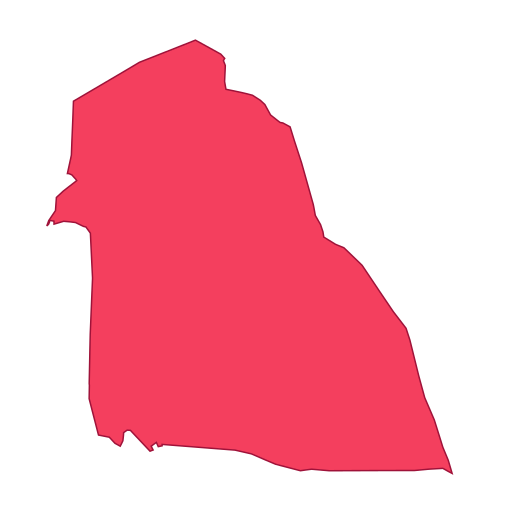 Putu, Grand Gedeh, Liberia (orthographic projection), rotated 94°
{"feature_id": "62588387B18265546179194", "entity_name": "Putu", "entity_type": "district", "adm_level": 2, "iso_a3": "LBR", "parent_name": "Liberia", "parent_adm1": "Grand Gedeh", "projection": "orthographic", "projection_center": [-8.216, 5.686], "detail": "fine", "context": "isolated", "style": "filled", "palette": "rose", "viewbox_px": 512, "rotation_deg": 94, "n_neighbors": 0, "source": "geoboundaries", "source_scale": "gbopen_adm2", "svg_char_len": 1733}
<svg xmlns="http://www.w3.org/2000/svg" viewBox="0 0 512 512"><g transform="rotate(94 256 256)"><path d="M121.4,238.5L121.1,241.3L118.9,244.6L114.3,251.3L107.0,256.0L104.3,257.7L100.4,262.5L95.9,270.7L94.9,275.9L94.5,278.3L94.1,280.8L94.0,281.3L92.8,289.9L91.8,297.6L84.1,299.5L71.1,299.8L68.2,299.9L66.8,300.5L63.5,302.1L62.4,301.7L61.9,301.5L61.1,301.0L57.1,305.2L44.9,331.5L58.9,360.7L70.9,385.8L79.1,397.6L109.1,441.3L114.3,448.9L132.0,448.3L145.9,447.9L153.2,447.7L168.2,447.2L171.9,447.7L186.9,449.9L186.9,448.3L187.9,445.4L190.6,442.6L191.9,441.2L193.3,440.1L194.3,441.2L200.1,447.7L204.7,452.8L211.5,459.2L224.7,459.2L235.1,465.2L240.6,466.8L238.9,465.2L236.7,464.4L234.9,464.3L235.3,460.0L238.3,459.7L234.8,450.3L234.9,443.8L235.2,438.4L238.5,430.2L238.9,427.7L243.8,423.6L244.8,422.8L245.7,422.7L288.8,417.6L290.0,417.5L345.7,415.9L356.2,415.4L394.9,413.5L396.6,413.2L410.0,412.5L418.1,409.8L444.5,401.0L445.6,400.6L447.0,389.7L452.7,383.6L454.1,380.5L455.2,378.2L452.9,377.2L449.6,375.9L444.3,375.7L443.2,375.7L441.4,375.7L438.7,372.4L438.7,369.1L441.4,366.2L458.1,348.1L456.7,345.1L453.0,347.3L448.9,342.4L453.0,340.2L451.9,336.4L450.5,336.5L451.0,276.3L451.1,263.4L453.7,246.8L459.1,231.5L462.4,221.8L464.6,210.0L467.1,196.7L466.0,191.6L464.8,185.7L465.1,167.9L461.3,116.4L458.9,82.8L456.6,68.8L454.8,54.8L457.4,49.3L459.2,45.2L446.5,49.9L433.7,56.3L422.4,60.7L407.1,66.7L391.8,74.6L385.6,77.8L364.2,85.3L329.2,96.6L317.6,101.3L301.9,115.2L281.1,131.5L280.3,132.1L257.9,149.5L241.7,168.8L238.8,177.5L232.4,189.7L227.2,190.9L220.2,193.8L211.5,199.6L210.1,200.0L208.9,200.3L203.4,201.7L200.5,202.5L160.0,217.0L138.5,225.7L126.6,230.3L124.8,231.0L121.4,238.5Z" fill="#f43f5e" stroke="#9f1239" stroke-width="1.5"/></g></svg>